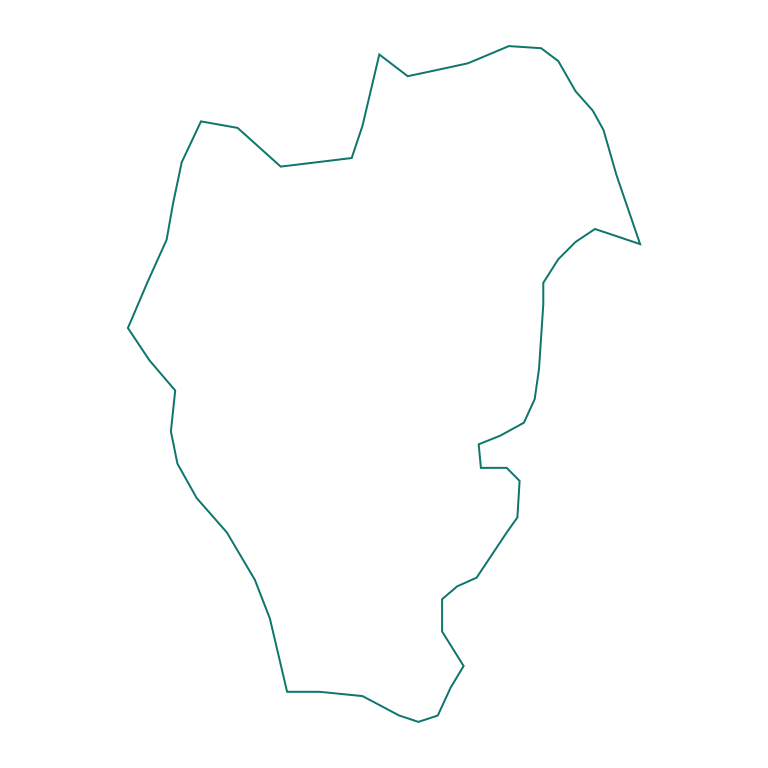 outline of Gijang-gun, South Gyeongsang, South Korea
{"feature_id": "91817680B54012703126739", "entity_name": "Gijang-gun", "entity_type": "district", "adm_level": 2, "iso_a3": "KOR", "parent_name": "South Korea", "parent_adm1": "South Gyeongsang", "projection": "mercator", "projection_center": [129.209, 35.283], "detail": "fine", "context": "isolated", "style": "outline", "palette": "teal", "viewbox_px": 768, "rotation_deg": 0, "n_neighbors": 0, "source": "geoboundaries", "source_scale": "gbopen_adm2", "svg_char_len": 862}
<svg xmlns="http://www.w3.org/2000/svg" viewBox="0 0 768 768"><path d="M379.3,54.5L362.5,125.7L351.7,158.0L280.7,166.6L237.6,127.9L201.0,121.4L181.7,162.3L173.1,203.2L166.6,239.8L147.2,282.8L134.0,313.8L127.9,328.0L149.4,360.3L175.2,390.5L170.9,431.4L177.4,463.6L196.7,498.1L213.3,517.0L226.9,532.5L254.9,579.9L269.9,618.6L287.1,691.8L319.4,691.8L362.5,696.1L399.1,715.5L416.9,721.4L418.4,721.9L437.8,715.5L450.7,687.5L463.6,666.0L442.1,631.5L442.1,599.2L457.2,586.3L476.6,577.7L485.2,564.8L506.7,532.5L517.4,517.4L519.6,480.9L506.7,467.9L480.9,467.9L478.7,444.3L500.2,435.7L523.9,422.7L534.7,399.1L539.0,368.9L543.3,304.4L543.3,282.8L558.3,259.2L575.6,241.9L594.9,229.0L640.1,244.1L616.5,175.2L603.5,130.0L592.8,110.7L575.6,91.3L558.3,61.1L541.1,48.2L508.8,46.1L467.9,63.3L437.8,69.8L407.7,76.2L379.3,54.5Z" fill="none" stroke="#0f766e" stroke-width="2"/></svg>